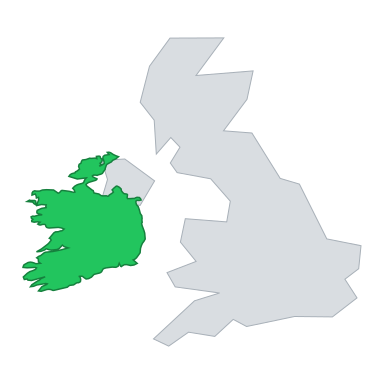 Ireland shown with its bordering countries
{"feature_id": "IRL", "entity_name": "Ireland", "entity_type": "country or territory", "adm_level": 0, "iso_a3": "IRL", "parent_name": "Europe", "parent_adm1": "", "projection": "natural_earth1", "projection_center": [-8.443, 53.42], "detail": "fine", "context": "with_neighbors", "style": "filled", "palette": "green", "viewbox_px": 384, "rotation_deg": 0, "n_neighbors": 1, "source": "natural_earth", "source_scale": "50m", "svg_char_len": 4336}
<svg xmlns="http://www.w3.org/2000/svg" viewBox="0 0 384 384"><path d="M140.1,205.4L101.9,198.5L107.5,179.5L101.7,160.5L124.8,159.0L154.6,180.9L140.1,205.4ZM226.7,221.9L230.3,201.2L210.7,178.8L177.1,172.6L170.3,163.0L180.0,147.2L170.8,137.5L156.3,154.1L154.2,120.2L140.2,102.3L149.5,66.2L170.0,38.1L223.8,37.9L196.0,75.5L253.1,70.9L247.0,99.3L223.5,130.8L251.9,133.0L280.2,178.4L299.4,184.1L326.8,238.9L361.0,245.7L358.7,268.7L344.9,279.2L357.0,297.9L332.4,316.9L294.5,316.5L246.6,326.5L233.2,319.4L214.8,336.4L188.5,332.2L168.7,346.1L153.5,338.9L194.5,300.8L219.6,293.0L175.2,286.9L167.0,272.6L196.1,261.4L180.4,242.1L185.3,218.7L226.7,221.9Z" fill="#d9dde1" stroke="#a8b0b8" stroke-width="1"/><path d="M111.4,161.9L107.1,164.2L106.4,165.0L105.2,168.5L105.1,169.5L103.7,171.3L102.4,173.4L100.8,174.2L98.5,174.8L97.2,175.4L95.6,175.1L93.5,175.1L92.4,175.8L92.5,176.4L93.1,177.0L94.9,177.9L97.0,178.8L96.8,179.5L95.7,180.3L88.7,182.4L86.7,183.7L86.0,184.5L86.7,185.9L92.2,190.1L93.2,190.6L94.0,193.0L98.9,194.0L100.9,195.5L102.6,195.9L106.4,195.8L107.9,196.3L108.7,195.9L109.2,195.1L112.4,193.0L113.4,192.1L112.8,190.9L112.1,189.9L114.0,188.0L116.3,186.1L117.4,186.2L119.4,187.3L121.1,188.9L121.3,190.2L121.6,191.1L123.2,193.0L124.2,193.7L126.9,194.1L127.5,194.8L127.1,197.6L127.5,198.6L130.3,198.6L133.3,198.4L134.3,198.5L135.4,197.9L137.0,197.3L139.4,197.5L140.6,198.8L141.1,200.0L139.1,200.5L137.0,200.3L135.9,201.1L135.9,202.7L136.6,204.9L138.1,206.4L139.3,209.7L140.3,213.5L141.8,215.7L142.1,218.5L141.9,219.9L142.2,222.4L141.6,223.3L142.1,225.6L143.9,230.4L144.7,233.1L145.2,239.0L144.0,241.2L142.4,243.3L141.3,245.8L140.5,248.4L140.1,252.8L136.5,257.8L135.0,259.1L133.2,259.9L137.2,263.4L134.0,265.0L130.6,265.5L126.7,264.6L124.3,264.7L122.2,265.9L121.3,266.6L120.6,266.2L119.2,263.3L118.1,266.3L115.9,267.3L112.2,267.1L105.9,267.9L103.4,268.7L102.4,270.1L101.7,271.6L100.7,272.5L99.6,273.0L94.7,274.2L93.8,274.6L91.5,277.1L88.6,278.6L86.1,279.0L83.9,277.5L83.0,276.7L82.0,276.2L78.7,276.3L79.7,276.7L80.4,277.8L80.7,279.7L80.4,281.7L78.7,282.7L76.7,282.8L73.6,284.9L69.5,285.4L67.3,287.2L53.7,290.4L52.9,290.4L51.0,289.6L49.0,289.3L46.9,289.5L41.2,291.3L38.5,290.9L42.0,286.6L46.8,284.4L47.3,283.8L45.7,283.5L36.7,285.0L33.6,286.3L30.5,286.7L31.9,284.7L36.0,282.0L38.1,280.7L39.4,280.2L41.0,278.6L45.2,276.8L31.5,280.5L27.9,280.1L27.1,279.0L24.3,279.5L23.3,277.0L27.4,273.2L29.9,271.6L32.7,270.7L35.5,269.4L36.5,267.9L35.2,267.4L27.0,267.8L23.0,267.4L23.3,266.2L24.0,264.8L28.1,262.5L30.3,262.1L32.3,262.4L34.2,263.0L35.8,263.7L40.4,263.3L38.5,261.8L38.2,258.8L36.7,257.8L38.6,256.4L40.8,255.5L44.4,252.6L45.7,252.2L52.8,251.5L60.6,250.0L68.2,247.9L64.3,246.7L62.4,245.1L59.4,248.3L57.2,249.5L51.1,250.1L49.2,249.8L46.4,248.8L45.6,249.2L44.8,249.9L40.7,251.4L36.5,251.8L41.4,249.0L47.7,244.2L49.2,242.7L51.2,240.1L50.5,238.9L49.3,238.3L53.8,232.9L55.4,231.9L58.3,231.7L60.5,230.9L61.4,230.9L62.3,230.6L64.1,229.0L61.3,227.9L58.3,227.4L49.1,228.0L47.9,227.8L46.7,227.4L46.0,226.6L45.4,224.8L44.8,224.4L42.7,224.4L40.6,225.0L39.2,224.9L37.8,224.1L40.0,222.2L37.2,221.8L34.2,222.2L31.8,221.6L31.7,220.4L32.9,219.3L31.4,218.2L31.1,216.8L32.7,216.1L34.4,216.3L37.8,215.3L42.2,214.8L38.4,213.7L36.9,212.9L36.9,211.5L37.2,210.4L41.5,208.4L46.2,207.6L45.8,206.3L46.2,204.9L41.5,204.5L36.9,205.5L37.4,202.9L38.5,200.5L38.7,198.9L38.5,197.3L36.4,198.0L36.1,195.6L35.2,194.0L32.0,195.1L32.1,193.0L33.0,191.5L34.7,190.8L36.4,191.1L39.5,191.1L42.4,190.0L46.7,189.7L53.6,190.0L58.2,193.2L59.5,192.6L61.3,190.6L62.2,190.4L69.3,191.3L73.7,192.4L74.9,192.1L74.2,189.9L72.7,188.3L74.6,186.3L76.9,184.9L78.5,184.3L82.1,183.4L83.6,182.6L84.6,180.0L86.3,177.9L77.3,179.0L68.9,176.4L70.2,174.6L72.0,173.6L75.1,172.8L75.4,171.9L77.0,171.1L79.5,169.1L78.6,166.4L79.1,164.4L81.0,163.1L81.5,161.3L82.4,160.0L86.1,159.5L89.7,158.2L91.1,158.4L95.3,158.1L96.8,158.6L96.4,156.4L99.1,156.1L100.1,156.5L100.6,158.1L101.8,159.1L102.1,160.8L101.3,162.2L100.0,163.2L101.2,164.3L99.3,166.2L101.4,165.4L104.3,163.5L104.1,162.0L103.6,160.0L102.8,158.3L103.2,156.4L104.8,155.2L109.1,154.6L107.3,152.4L108.9,152.2L110.6,152.7L113.1,154.4L115.8,155.7L118.5,156.7L115.9,158.8L112.7,160.3L111.4,161.9ZM35.9,203.8L35.8,204.8L33.8,203.5L32.8,202.1L27.1,201.5L29.5,200.1L30.6,200.5L34.6,200.5L35.7,201.1L35.9,203.8Z" fill="#22c55e" stroke="#15803d" stroke-width="1.5"/></svg>